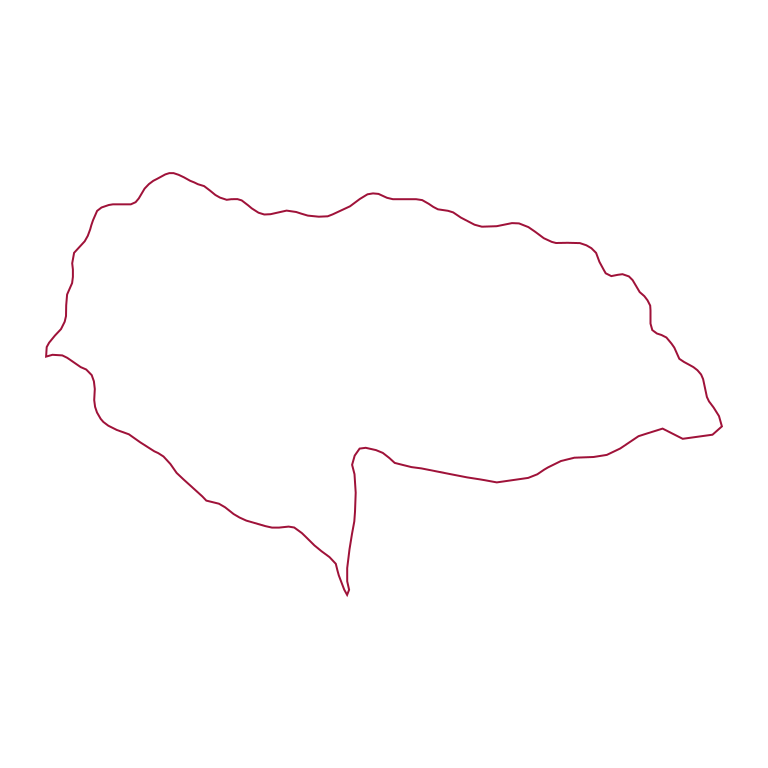 the district of Gosarling, Chirang, Bhutan
{"feature_id": "84629894B38257689875150", "entity_name": "Gosarling", "entity_type": "district", "adm_level": 2, "iso_a3": "BTN", "parent_name": "Bhutan", "parent_adm1": "Chirang", "projection": "albers", "projection_center": [90.121, 27.029], "detail": "fine", "context": "isolated", "style": "outline", "palette": "rose", "viewbox_px": 768, "rotation_deg": 0, "n_neighbors": 0, "source": "geoboundaries", "source_scale": "gbopen_adm2", "svg_char_len": 2604}
<svg xmlns="http://www.w3.org/2000/svg" viewBox="0 0 768 768"><path d="M528.4,227.1L519.0,223.4L512.0,223.1L496.7,226.2L481.9,226.7L474.5,224.7L460.9,217.6L453.2,212.4L448.0,210.8L437.9,209.3L433.3,206.9L428.7,203.8L422.2,200.1L416.1,199.2L392.9,199.2L387.0,197.8L378.5,193.9L373.0,193.4L367.5,194.3L359.8,199.0L350.0,206.3L332.6,214.4L327.7,216.3L318.8,216.7L307.8,215.6L301.1,213.6L296.2,212.0L286.6,210.6L270.5,214.2L264.3,214.5L258.5,212.7L251.8,208.4L248.1,205.3L241.7,200.4L237.4,199.1L231.3,199.2L226.7,199.8L220.0,197.6L215.4,195.0L209.9,190.5L204.1,186.1L197.9,184.2L194.2,182.4L190.2,180.8L183.9,177.3L178.6,174.8L173.5,173.1L169.4,173.1L165.3,174.4L157.2,178.8L153.3,180.8L148.9,184.1L144.6,188.6L138.8,198.4L135.6,202.2L130.9,204.3L125.5,204.3L113.1,204.3L108.8,205.0L101.5,207.5L97.1,210.9L93.0,220.3L91.3,225.3L90.2,229.3L87.8,235.8L84.7,241.3L74.1,252.8L72.2,263.3L72.9,269.5L72.9,276.9L72.1,283.1L67.1,294.5L66.2,305.3L66.0,316.1L64.7,321.7L61.0,329.1L54.9,335.6L49.1,342.7L46.7,347.1L46.1,356.6L52.5,354.8L62.3,355.4L67.2,357.8L80.7,367.1L86.2,369.5L91.7,375.1L93.9,381.3L94.8,389.0L94.2,400.1L95.1,406.9L97.0,412.5L100.7,418.9L103.4,422.0L108.3,425.7L116.9,430.0L128.9,434.3L140.2,442.3L154.3,451.3L158.2,453.1L163.5,456.5L170.4,464.0L176.6,472.9L183.4,479.3L202.3,496.4L206.3,500.6L218.9,503.7L225.1,507.3L233.7,514.1L239.5,517.5L246.3,520.6L265.3,526.1L272.0,527.6L279.0,527.6L288.6,526.6L294.2,527.5L298.5,530.6L301.9,533.1L305.0,536.1L314.4,545.4L321.6,551.3L329.5,557.1L335.8,563.8L337.5,570.7L338.8,575.4L344.2,589.6L347.1,594.9L349.1,589.8L347.2,581.3L347.2,568.1L349.5,549.3L352.0,533.9L354.3,521.4L355.0,511.8L355.7,492.7L354.5,474.2L352.1,464.8L354.7,455.6L359.6,448.6L365.7,447.8L376.0,450.1L382.8,452.9L389.1,457.8L394.7,462.9L402.6,464.9L411.5,467.1L421.4,468.4L449.7,474.0L467.2,477.4L480.1,479.4L484.8,480.2L496.8,482.4L528.2,477.9L537.3,474.3L544.1,469.7L548.0,467.4L561.0,461.0L574.4,457.7L593.5,457.0L606.8,454.9L615.2,450.9L620.2,448.5L638.5,436.2L646.6,433.6L662.6,428.6L682.7,438.8L712.5,434.7L721.9,426.4L719.0,416.1L713.6,407.5L709.0,401.4L706.9,397.0L703.1,379.1L701.1,374.5L697.4,370.2L693.4,367.1L688.9,364.6L683.9,361.9L679.3,358.8L674.3,347.6L671.5,343.6L666.4,337.5L661.5,335.0L656.9,333.5L652.3,330.1L650.5,323.6L650.5,310.4L650.2,305.6L647.5,300.3L644.3,296.1L639.7,292.1L632.6,280.1L628.9,276.4L622.5,274.2L617.9,274.8L611.3,276.1L605.7,273.3L603.6,269.6L599.4,261.8L596.1,252.9L591.4,248.2L586.4,245.3L579.9,243.1L567.4,242.8L562.3,242.9L556.0,243.0L551.8,241.9L543.8,238.2L534.8,231.5L528.4,227.1Z" fill="none" stroke="#9f1239" stroke-width="2"/></svg>